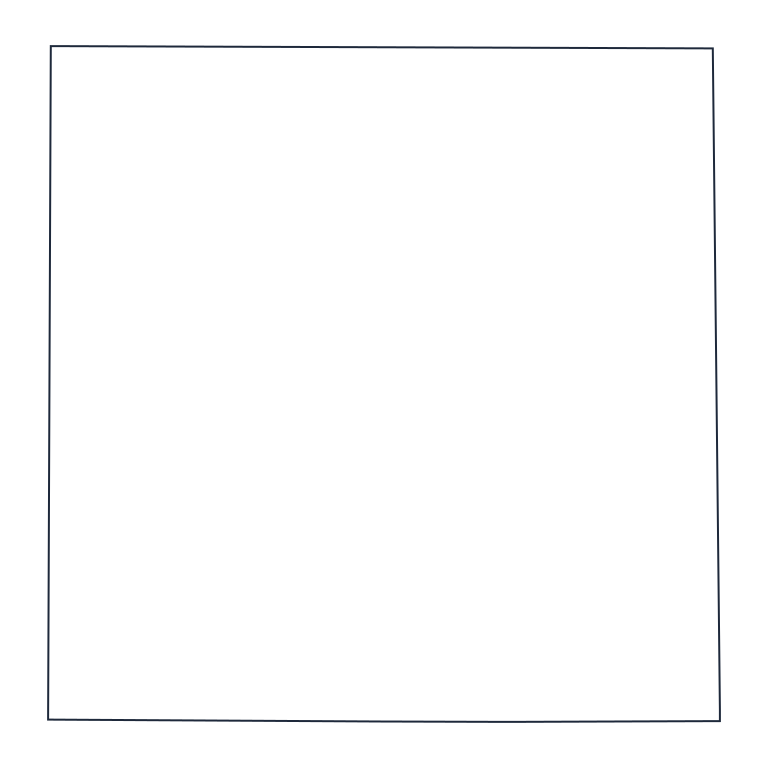 the district of Clinton, Michigan, United States of America
{"feature_id": "52423323B76154940734365", "entity_name": "Clinton", "entity_type": "district", "adm_level": 2, "iso_a3": "USA", "parent_name": "United States of America", "parent_adm1": "Michigan", "projection": "albers", "projection_center": [-84.531, 42.944], "detail": "fine", "context": "isolated", "style": "outline", "palette": "slate", "viewbox_px": 768, "rotation_deg": 0, "n_neighbors": 0, "source": "geoboundaries", "source_scale": "gbopen_adm2", "svg_char_len": 218}
<svg xmlns="http://www.w3.org/2000/svg" viewBox="0 0 768 768"><path d="M712.8,48.4L50.8,46.1L48.1,719.6L380.6,721.5L508.9,721.9L719.9,721.1L719.9,709.9L712.8,48.4Z" fill="none" stroke="#1e293b" stroke-width="2"/></svg>